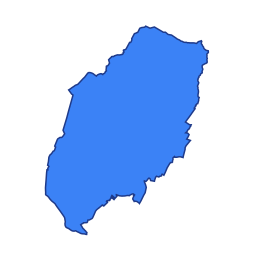 Suncuius, Bihor, Romania (orthographic projection), rotated 169°
{"feature_id": "2599482B67903282623571", "entity_name": "Suncuius", "entity_type": "district", "adm_level": 2, "iso_a3": "ROU", "parent_name": "Romania", "parent_adm1": "Bihor", "projection": "orthographic", "projection_center": [22.507, 46.914], "detail": "fine", "context": "isolated", "style": "filled", "palette": "blue", "viewbox_px": 256, "rotation_deg": 169, "n_neighbors": 0, "source": "geoboundaries", "source_scale": "gbopen_adm2", "svg_char_len": 5737}
<svg xmlns="http://www.w3.org/2000/svg" viewBox="0 0 256 256"><g transform="rotate(169 128 128)"><path d="M91.2,224.6L91.9,224.1L92.5,223.8L94.5,223.9L95.2,224.0L97.3,223.7L97.8,223.2L98.2,222.4L98.5,222.3L98.7,221.9L99.5,220.9L100.2,220.0L100.8,220.0L101.6,219.8L102.1,219.6L103.7,219.4L107.3,215.0L107.4,213.8L108.5,212.0L109.5,211.4L110.1,211.7L114.6,206.2L115.2,205.7L115.5,205.6L115.9,205.5L116.8,205.4L117.4,205.4L117.5,205.4L117.7,205.1L117.8,204.5L117.7,204.3L117.5,204.0L117.6,203.1L118.5,202.7L118.5,202.0L119.4,201.3L119.9,201.5L120.2,201.3L121.1,201.3L122.3,201.3L124.5,201.8L125.5,201.7L126.9,201.5L127.7,201.4L128.0,201.1L128.7,200.9L129.6,201.2L130.1,201.1L130.5,201.2L130.9,200.7L132.0,200.0L132.7,199.7L133.6,198.9L134.0,198.7L134.0,198.4L133.8,196.2L133.8,195.3L133.9,194.9L134.4,194.6L135.0,193.8L135.9,193.1L136.4,192.9L136.8,193.0L137.5,192.7L137.6,191.5L137.9,191.2L138.0,190.3L138.3,189.8L138.4,188.8L138.3,188.2L139.1,187.9L139.4,187.7L139.7,187.3L140.0,186.7L140.7,186.2L141.3,186.0L142.3,185.8L142.6,185.3L142.8,185.4L143.4,186.1L144.1,186.5L145.0,186.5L146.4,186.3L147.6,186.0L148.7,185.4L149.1,185.0L150.7,186.6L151.9,188.0L153.0,188.8L154.5,189.6L155.9,189.9L157.0,189.6L160.9,186.1L162.4,185.2L168.7,180.6L169.5,180.3L171.5,180.0L173.1,179.2L174.9,178.5L177.2,177.4L179.0,176.7L176.8,172.0L175.8,171.1L175.9,170.4L183.1,156.0L186.2,149.6L188.2,145.8L192.2,138.2L191.3,134.4L193.5,132.3L194.5,131.6L195.1,131.4L196.5,131.7L198.9,130.8L199.6,130.1L203.4,124.2L203.1,123.5L202.7,123.1L204.1,120.6L204.6,120.0L205.3,119.5L205.9,119.5L207.2,118.2L207.7,117.7L208.6,117.0L209.4,116.7L210.3,115.7L211.1,114.6L211.3,114.2L212.6,110.0L214.0,106.8L213.4,106.2L213.2,105.9L213.1,105.6L213.0,105.3L214.1,104.1L214.6,103.3L214.6,102.3L215.5,102.5L216.4,99.8L218.1,93.4L220.4,85.1L220.8,82.7L221.0,81.2L221.2,80.0L221.4,79.2L221.5,78.9L221.5,78.4L221.4,78.1L221.2,77.7L220.8,77.3L220.4,77.0L220.2,76.8L219.6,76.1L219.4,75.6L219.0,75.2L218.8,74.4L218.0,72.8L216.8,70.9L216.3,70.3L214.6,68.3L214.0,67.5L213.8,66.8L212.7,64.2L210.2,58.9L209.1,56.4L208.0,53.9L207.6,52.9L207.3,51.8L207.4,49.5L207.4,48.0L207.6,47.5L208.2,45.9L208.2,45.2L208.3,44.2L208.0,43.0L207.8,42.5L206.9,41.6L205.8,40.9L205.3,40.5L203.6,38.7L202.7,37.9L201.8,37.4L200.7,37.1L199.8,37.0L199.5,37.1L199.0,37.1L197.4,35.7L196.7,35.3L194.6,33.6L193.4,33.0L192.4,32.7L190.8,32.3L189.6,31.6L188.9,31.4L188.7,31.8L188.7,32.5L188.3,33.3L188.9,34.0L189.3,35.1L189.8,35.6L190.8,37.3L191.4,38.0L191.8,39.3L192.0,39.7L192.1,40.3L192.4,40.8L192.9,42.1L192.5,42.3L191.4,42.7L191.0,42.9L190.6,42.8L190.3,43.0L189.7,43.5L189.0,43.3L187.2,43.1L186.4,43.0L185.7,43.5L185.4,44.1L184.9,45.3L183.5,45.1L180.6,46.0L180.2,46.3L179.8,46.7L179.0,47.8L176.5,51.4L175.8,52.5L174.3,53.8L169.9,56.1L168.0,57.3L167.5,56.7L167.2,56.8L167.0,56.7L166.8,56.5L166.6,56.1L162.4,58.8L163.1,60.1L162.5,60.6L161.9,60.5L161.8,60.2L161.6,60.3L161.4,60.6L161.0,60.5L160.5,60.7L160.1,60.3L159.9,60.3L159.5,60.7L159.8,61.1L159.4,61.4L158.0,62.2L158.0,62.9L157.7,63.4L155.4,60.4L154.3,61.4L156.8,64.7L156.6,64.9L154.1,61.5L151.8,63.2L151.6,63.6L152.0,63.8L152.1,64.3L152.3,64.6L152.2,64.8L151.3,64.2L149.4,63.1L148.4,62.8L147.2,62.4L146.1,62.2L144.0,61.9L141.8,61.9L141.1,61.8L140.6,61.7L139.7,61.3L139.0,61.7L136.9,62.3L136.0,62.4L135.6,62.4L135.2,62.1L134.8,61.7L135.3,61.0L134.6,60.8L135.3,60.1L136.5,58.3L136.9,57.4L136.0,54.9L135.8,55.1L133.2,54.1L131.4,52.2L131.2,51.7L129.1,54.1L125.5,58.9L123.5,61.2L121.4,66.2L121.6,69.0L122.2,72.2L122.0,72.9L121.3,72.4L120.5,72.2L118.7,73.5L117.6,74.6L116.9,74.8L116.1,74.1L115.8,72.1L112.2,70.7L111.5,72.3L110.9,73.2L110.6,73.9L110.3,74.3L109.3,75.2L107.0,74.0L106.4,74.5L104.3,74.6L103.5,76.1L102.9,76.0L101.8,74.8L99.9,77.3L97.1,81.5L94.0,85.0L93.2,85.6L92.9,86.0L91.4,85.7L90.8,86.1L90.7,86.6L90.7,87.1L90.5,87.5L89.9,88.3L89.7,89.7L89.5,90.1L89.2,90.4L87.8,91.1L87.7,90.4L85.7,90.0L84.0,90.0L83.4,90.1L83.0,89.9L82.0,89.7L81.3,89.5L80.7,89.0L80.3,88.9L79.6,88.5L78.7,90.6L76.0,96.2L75.7,97.8L74.3,99.6L69.1,103.9L72.5,105.9L70.6,108.0L69.3,109.8L69.7,110.5L70.3,111.4L70.9,111.8L72.3,112.3L71.7,112.7L71.2,112.8L70.9,113.0L70.6,113.5L69.4,114.9L69.2,115.0L68.6,115.2L68.2,115.4L68.0,115.6L68.0,115.9L67.9,116.0L67.6,116.2L67.3,116.4L67.2,116.7L66.9,117.3L66.1,117.8L66.0,118.0L65.9,118.3L65.4,119.1L66.8,119.3L70.5,122.9L66.7,126.4L65.8,127.2L59.4,133.3L58.5,134.1L59.2,134.9L57.1,136.8L57.4,137.1L57.0,137.6L55.7,138.6L54.9,138.6L53.4,141.5L53.2,142.7L52.3,144.4L52.6,144.6L53.1,145.1L53.2,145.5L53.1,146.5L53.0,147.1L52.4,148.7L52.3,149.0L51.9,150.0L51.9,150.3L51.7,152.0L51.9,152.7L51.9,153.4L51.6,154.1L51.6,154.9L51.7,155.1L51.8,155.6L51.6,156.3L51.1,156.9L50.8,157.4L50.0,158.7L49.9,159.2L50.4,160.6L50.3,162.1L49.8,162.6L49.7,163.4L48.7,164.2L48.7,164.7L48.4,165.3L46.9,166.1L46.4,167.2L45.4,167.7L44.7,167.9L44.6,168.1L44.5,168.6L44.6,169.1L44.1,170.1L43.3,171.5L43.6,173.0L43.4,174.7L43.0,175.4L42.0,175.8L39.9,176.5L39.1,176.5L38.3,177.1L37.9,177.1L37.6,178.2L37.5,180.2L36.9,181.2L37.1,182.5L36.6,184.1L36.6,184.9L36.4,185.6L35.7,186.1L34.8,186.7L34.6,187.3L34.5,188.5L36.4,189.3L37.9,190.9L38.4,191.9L38.4,193.0L38.8,193.7L39.2,194.7L39.4,195.8L39.8,196.3L39.9,196.7L39.7,197.9L39.2,198.6L39.1,198.8L39.2,199.3L39.4,199.7L40.3,199.5L40.7,199.4L41.6,199.5L42.4,199.2L42.8,199.1L43.4,198.8L44.4,198.0L44.9,198.0L46.3,198.7L47.7,199.1L50.3,199.6L51.3,199.8L51.9,200.1L53.3,200.3L54.2,200.9L56.2,201.3L56.7,201.5L56.9,201.6L58.4,202.8L59.6,203.3L60.5,204.4L61.1,204.9L62.4,205.7L63.0,206.3L63.5,206.9L67.5,210.9L68.0,211.1L70.3,212.0L70.7,212.2L71.1,212.5L72.3,214.1L73.0,214.9L74.4,215.1L74.9,215.2L75.2,215.4L82.8,222.1L83.1,222.1L87.2,221.8L87.7,222.0L89.0,223.0L91.2,224.6Z" fill="#3b82f6" stroke="#1e3a8a" stroke-width="1.5"/></g></svg>